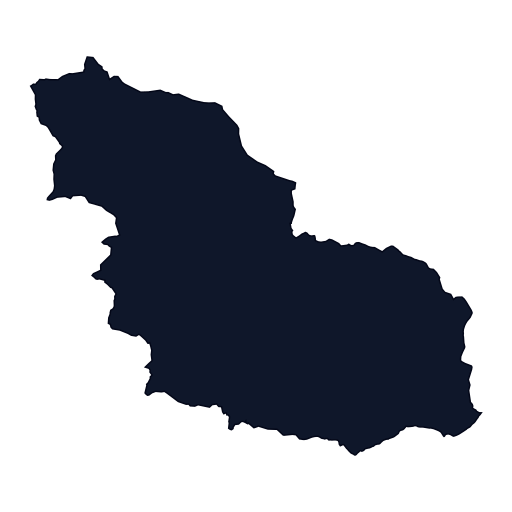 Almasu Mare, Alba, Romania (Equal Earth projection)
{"feature_id": "2599482B35416338198834", "entity_name": "Almasu Mare", "entity_type": "district", "adm_level": 2, "iso_a3": "ROU", "parent_name": "Romania", "parent_adm1": "Alba", "projection": "equal_earth", "projection_center": [23.16, 46.088], "detail": "fine", "context": "isolated", "style": "filled", "palette": "ink", "viewbox_px": 512, "rotation_deg": 0, "n_neighbors": 0, "source": "geoboundaries", "source_scale": "gbopen_adm2", "svg_char_len": 6021}
<svg xmlns="http://www.w3.org/2000/svg" viewBox="0 0 512 512"><path d="M140.6,92.2L124.5,84.1L122.0,82.2L117.9,76.6L114.1,76.5L109.5,79.5L107.0,72.0L104.1,71.0L102.0,68.9L101.9,66.9L98.1,64.3L93.0,57.6L87.2,57.0L84.7,64.4L85.1,68.7L84.0,70.3L83.8,72.1L72.5,73.9L69.3,73.7L62.5,76.5L58.1,79.8L50.0,79.7L45.9,79.1L44.5,79.8L39.7,79.5L38.5,81.3L36.9,82.6L36.0,84.1L35.1,84.4L33.4,84.2L31.9,85.4L30.7,86.1L35.5,94.7L35.4,99.2L36.0,104.2L35.3,106.4L36.5,109.6L37.2,110.5L36.9,112.2L37.3,116.1L39.2,117.2L39.4,120.0L41.2,123.6L46.3,125.4L48.3,127.4L53.1,135.7L55.5,136.7L59.5,142.3L59.8,143.6L62.5,145.9L62.2,148.1L60.2,150.3L56.4,154.0L55.6,155.8L55.8,159.9L53.8,164.0L53.2,170.2L54.2,174.0L54.0,179.3L54.7,185.8L54.2,189.3L53.2,191.8L49.1,196.3L47.6,198.1L47.3,199.6L49.4,200.1L52.3,199.3L57.1,197.1L65.3,196.4L70.5,198.5L72.6,195.7L81.1,195.1L85.3,196.4L89.2,202.5L101.9,206.1L106.5,210.3L113.7,214.6L116.6,217.7L115.8,223.3L119.7,235.0L116.9,236.4L115.0,236.3L108.6,237.3L105.6,239.2L102.1,242.2L104.0,244.0L106.6,244.3L108.0,244.6L109.1,245.9L111.5,247.4L110.8,255.0L100.7,264.9L100.8,270.3L93.5,273.7L92.1,275.5L94.8,277.6L95.5,278.6L97.1,279.2L99.5,278.8L105.0,280.3L104.9,282.1L107.5,284.1L110.7,287.3L112.0,287.7L116.3,294.1L115.7,294.7L114.8,296.4L114.9,299.1L114.2,300.6L114.4,305.5L114.1,307.2L112.9,309.0L110.8,310.3L110.2,312.9L110.3,313.9L108.8,317.8L108.4,323.3L110.4,324.4L111.1,327.2L112.6,328.8L119.8,330.0L128.0,333.3L131.3,335.2L136.0,336.0L138.7,334.3L140.2,335.0L145.8,340.1L147.9,343.2L148.6,343.2L149.7,342.7L150.8,346.1L151.8,350.3L151.3,354.7L152.0,360.0L151.9,360.9L149.0,363.5L145.3,367.1L149.1,368.3L150.2,370.3L150.0,372.1L151.9,374.7L151.9,375.3L150.3,376.9L150.4,378.5L148.2,382.8L146.7,384.3L147.0,385.1L145.1,392.9L145.4,393.5L147.4,395.2L148.9,395.0L151.9,392.7L155.6,391.3L161.4,391.8L164.5,391.3L167.0,393.0L178.3,401.5L186.1,404.2L188.8,404.1L190.2,405.8L194.8,406.1L198.0,404.7L209.5,407.1L212.1,404.6L216.7,404.0L218.7,406.4L221.6,406.7L222.7,411.9L223.8,413.7L225.9,412.8L226.5,413.3L226.9,414.9L228.2,414.9L228.9,415.8L229.6,417.0L228.9,421.8L229.3,422.9L228.7,428.3L230.2,429.3L231.5,429.7L233.0,428.6L232.9,427.7L234.7,424.5L238.6,424.0L240.9,421.7L242.8,421.3L244.9,422.2L245.8,420.9L246.1,422.9L247.8,423.7L248.4,423.0L253.9,427.7L257.4,426.5L258.2,426.0L267.9,429.0L277.1,429.3L283.2,435.0L284.3,435.1L292.4,434.3L296.0,434.7L299.6,438.9L300.9,439.0L303.2,439.4L304.2,439.4L306.8,439.0L311.6,437.1L313.6,436.6L314.6,436.4L316.5,436.2L318.1,436.3L319.7,437.0L321.5,438.1L322.5,438.4L323.1,438.3L324.2,438.8L324.9,438.9L325.4,438.6L327.3,438.4L327.8,438.8L328.6,439.8L329.7,439.9L330.3,439.7L331.0,439.9L332.6,439.9L334.9,439.8L336.2,439.9L337.6,440.2L338.3,440.6L338.6,441.2L339.1,442.4L339.3,444.2L340.3,445.7L341.2,445.3L342.7,444.6L343.5,444.6L344.0,444.9L345.6,446.9L346.6,448.3L347.8,449.4L348.5,450.4L351.0,452.9L352.5,453.7L353.4,454.0L354.5,454.9L355.0,455.0L355.5,454.9L356.1,454.5L357.5,452.9L358.6,452.1L359.7,450.9L360.3,450.7L361.6,451.1L362.3,451.0L362.8,450.8L363.8,450.2L364.9,448.9L365.6,448.6L367.5,448.1L369.4,447.8L371.1,447.1L371.7,446.6L373.2,446.2L373.6,446.0L374.5,445.1L375.1,444.7L377.0,444.1L379.0,443.9L379.6,443.6L379.9,443.4L380.9,442.3L382.9,440.5L383.7,440.1L386.1,439.2L388.3,439.0L388.4,438.7L393.2,437.0L394.3,436.4L398.0,433.6L398.4,433.1L399.0,431.6L399.4,431.0L399.8,430.7L400.6,430.3L402.7,429.7L403.9,428.8L406.1,426.2L407.9,426.6L410.7,426.4L413.0,426.1L414.6,425.6L415.7,425.6L417.1,426.0L417.6,426.4L418.5,426.7L419.8,426.9L422.0,426.9L423.4,427.0L429.5,428.0L430.7,427.9L431.7,428.1L433.8,428.6L437.6,430.1L439.1,430.8L440.4,431.6L440.9,432.0L441.4,432.5L443.5,435.9L444.0,436.4L444.4,436.2L445.2,434.8L446.1,434.2L447.8,433.9L448.7,433.9L450.6,434.5L453.3,436.1L454.1,436.0L456.6,435.1L458.9,434.0L463.3,431.2L466.3,429.2L466.9,428.5L469.8,426.9L470.4,426.3L471.0,425.5L472.1,424.2L473.9,422.8L475.0,421.6L477.3,418.2L477.7,417.8L478.2,417.0L478.4,416.3L479.0,415.6L480.0,414.6L481.3,412.8L479.2,412.8L476.5,411.3L475.8,410.1L473.7,409.0L472.3,408.0L472.6,406.9L472.7,406.3L472.6,405.4L472.2,404.4L471.5,403.4L470.4,402.4L468.6,390.4L469.9,385.0L468.3,379.7L471.5,369.5L471.9,367.1L471.4,366.0L464.9,363.5L461.1,361.4L460.5,360.0L460.7,356.4L462.4,352.1L464.5,347.8L464.7,346.7L463.8,342.9L463.4,336.9L463.1,335.2L463.3,333.5L463.1,331.5L463.4,329.1L464.5,325.6L465.5,323.5L466.8,321.3L470.1,317.3L472.0,313.2L472.0,312.4L471.1,310.2L466.2,302.0L464.2,299.1L462.0,297.1L457.9,297.2L455.9,297.5L453.5,299.5L450.7,294.4L444.8,292.4L442.1,289.1L439.1,279.3L439.6,277.6L436.5,272.6L433.4,269.4L430.5,269.1L428.4,268.1L426.2,264.0L425.3,263.1L423.3,261.9L421.9,261.3L419.4,260.9L416.4,259.8L414.4,259.4L411.0,257.5L408.1,256.7L405.9,255.8L403.2,255.1L402.4,254.5L399.9,251.8L398.6,250.9L398.0,250.0L392.9,246.3L391.2,246.2L386.4,248.5L382.3,251.9L379.2,250.3L374.7,247.7L373.9,247.6L372.6,247.6L370.2,247.2L368.1,246.5L365.2,245.0L361.9,243.9L359.2,242.8L358.3,242.7L356.4,242.9L355.3,243.5L354.2,245.1L353.6,245.5L352.1,245.7L350.4,245.6L350.0,245.0L349.6,244.9L348.8,244.3L347.4,245.2L343.1,245.8L340.8,246.0L338.7,243.6L331.9,240.0L329.3,239.4L326.0,241.5L321.0,242.3L318.2,241.9L315.6,240.7L315.5,240.3L315.2,240.1L315.2,238.4L314.8,236.5L314.6,235.9L314.2,235.7L311.7,236.1L309.5,235.7L308.4,234.9L307.8,234.3L307.4,233.7L306.8,233.1L305.4,232.5L303.0,233.8L302.3,233.9L299.4,236.1L296.0,238.1L293.1,235.8L292.1,234.6L291.7,231.7L292.5,230.5L291.2,228.8L290.9,228.2L290.1,223.4L291.2,223.3L291.3,222.3L292.4,218.9L293.5,216.3L293.9,215.0L295.2,209.3L293.6,207.2L293.0,205.5L293.0,201.8L291.2,193.5L291.2,191.0L291.6,190.0L294.8,188.8L295.2,184.8L295.5,183.3L295.5,182.8L292.1,181.3L289.6,180.8L275.2,176.0L273.1,173.8L273.6,171.5L265.3,165.7L257.1,162.1L247.2,155.2L241.4,146.0L238.5,134.0L238.6,128.6L236.8,125.3L228.6,116.8L222.5,109.7L221.8,106.3L214.9,102.9L208.9,103.1L203.8,102.8L192.4,100.3L178.7,94.2L173.0,94.9L168.3,92.7L165.7,92.7L160.2,90.3L148.4,92.0L140.6,92.2Z" fill="#0f172a" stroke="#020617" stroke-width="1.5"/></svg>